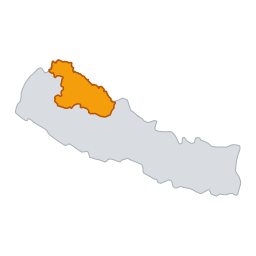 location of Karnali within Nepal
{"feature_id": "NPL-1126", "entity_name": "Karnali", "entity_type": "Administrative Zone", "adm_level": 1, "iso_a3": "NPL", "parent_name": "Nepal", "parent_adm1": "", "projection": "natural_earth1", "projection_center": [82.262, 29.569], "detail": "fine", "context": "in_parent", "style": "filled", "palette": "amber", "viewbox_px": 256, "rotation_deg": 0, "n_neighbors": 0, "source": "natural_earth", "source_scale": "10m", "svg_char_len": 6329}
<svg xmlns="http://www.w3.org/2000/svg" viewBox="0 0 256 256"><path d="M238.7,145.4L239.8,146.3L240.0,147.8L239.8,149.5L238.7,153.0L237.7,155.6L236.5,160.9L235.5,170.1L235.8,171.7L239.1,177.0L240.5,181.1L240.6,183.8L239.3,188.5L237.8,193.7L237.0,194.9L236.2,195.3L232.1,193.5L229.3,193.7L226.1,194.8L222.7,194.6L219.9,194.0L216.5,196.1L213.1,194.9L210.9,193.6L209.4,190.0L208.8,189.5L201.8,193.3L200.1,193.5L195.7,191.5L192.1,189.5L190.7,188.9L187.3,188.1L184.1,187.6L180.7,186.4L176.5,188.0L174.8,187.9L173.2,186.7L172.4,184.2L172.1,181.9L170.7,180.3L168.5,180.0L165.4,181.4L160.8,183.3L159.4,183.0L158.0,182.4L157.5,181.9L156.9,179.7L156.1,179.3L155.1,179.2L153.2,178.7L150.9,177.0L143.9,173.2L143.0,171.5L143.0,167.8L142.6,166.2L141.7,164.6L138.1,162.9L131.1,160.2L127.3,158.1L125.4,159.1L121.9,160.0L120.0,161.9L117.7,161.3L112.3,159.3L109.4,159.0L107.6,159.7L107.2,160.8L105.0,162.1L102.9,161.1L98.8,159.7L95.1,158.9L89.6,157.2L89.0,154.6L88.0,152.0L86.7,151.5L81.7,152.1L77.2,149.2L72.3,145.6L70.3,144.4L68.9,143.9L67.7,144.4L66.4,145.3L65.1,145.5L62.5,143.9L59.1,141.7L55.0,139.0L50.1,135.1L48.1,133.0L47.2,131.3L46.2,129.8L42.0,127.3L38.7,125.3L34.7,122.9L34.0,122.5L32.5,121.0L30.1,119.2L28.2,118.7L27.6,119.7L27.1,120.7L25.5,120.5L22.9,118.7L20.2,116.8L18.1,115.0L15.9,113.2L15.4,111.8L16.3,107.7L17.6,104.1L18.7,103.3L20.4,101.0L21.1,96.8L21.1,93.3L22.8,88.3L25.2,83.0L29.3,77.3L31.0,75.4L33.0,74.1L36.8,69.9L37.5,69.2L39.2,68.2L40.8,67.9L42.0,68.4L43.2,70.6L44.8,72.7L46.6,72.6L48.7,70.8L53.2,62.6L59.4,60.9L65.3,61.8L70.5,63.0L72.0,65.7L73.0,68.6L73.7,70.1L75.4,71.8L82.7,75.9L86.9,79.6L92.8,84.6L97.2,86.7L101.1,86.9L103.4,88.9L106.7,92.8L109.5,97.2L113.0,101.3L115.4,101.2L118.7,99.9L122.7,98.1L125.1,99.0L127.3,100.1L128.1,102.2L129.4,106.3L130.9,110.4L133.2,111.9L135.9,114.1L137.5,115.8L142.6,118.9L143.3,120.2L144.4,121.1L145.6,121.6L146.7,122.2L148.3,122.5L154.2,120.6L155.8,120.8L156.7,121.2L156.7,121.9L155.7,124.8L154.8,128.6L155.7,130.4L158.2,131.2L163.7,131.8L171.1,131.7L173.4,133.6L175.7,136.5L178.0,141.4L178.9,143.5L180.0,144.0L181.9,143.2L182.2,141.2L182.3,138.2L183.9,137.2L184.9,138.0L186.2,140.3L189.3,142.4L191.5,143.4L193.6,143.1L194.5,142.3L195.5,138.2L197.1,137.6L199.2,137.9L200.1,138.7L200.9,140.3L203.5,141.1L206.0,142.1L208.4,143.4L211.8,146.5L216.0,147.0L220.8,147.0L223.3,147.0L225.2,147.2L226.9,147.0L231.8,144.9L233.8,144.7L236.3,145.0L238.7,145.4Z" fill="#d9dde1" stroke="#a8b0b8" stroke-width="1"/><path d="M58.7,59.9L59.3,60.1L62.6,61.8L63.2,61.9L63.8,61.8L64.4,61.6L65.0,61.5L66.2,62.0L67.1,61.9L67.7,62.1L67.9,62.2L68.2,62.7L68.4,62.9L68.7,63.0L69.0,62.9L69.2,62.7L69.5,62.6L70.7,62.6L71.3,62.6L71.7,62.9L71.8,63.4L71.5,65.3L71.6,66.2L71.9,66.8L72.4,67.1L73.1,67.4L73.6,67.8L73.4,68.5L72.8,69.8L72.8,70.2L73.0,70.9L73.3,71.6L73.5,72.0L74.1,72.1L74.6,71.9L75.1,71.8L76.3,72.6L76.9,72.7L77.4,72.7L78.1,72.9L78.3,73.1L78.6,73.6L78.8,73.8L79.3,73.9L79.7,73.8L80.1,73.8L80.6,74.1L80.9,74.6L81.4,75.1L81.9,75.5L82.4,75.8L83.7,76.2L84.2,76.5L86.3,79.3L86.8,79.7L87.1,79.7L87.7,79.5L87.9,79.5L88.3,79.7L88.3,80.0L88.1,80.3L88.1,80.7L88.3,81.3L90.0,82.7L90.5,83.5L90.8,83.8L91.1,84.0L91.5,84.1L91.8,84.3L92.0,84.7L92.3,85.3L92.9,85.1L93.5,84.6L94.1,84.4L94.3,84.5L94.8,85.0L95.0,85.2L95.3,85.2L95.9,85.1L96.2,85.2L97.8,86.7L98.0,87.0L98.4,87.8L98.7,88.1L99.1,88.0L99.2,87.7L99.3,87.2L99.4,86.8L99.6,86.8L100.4,86.6L101.0,86.5L101.3,86.5L101.6,86.6L102.0,86.9L102.1,87.1L102.2,87.6L102.3,87.7L102.5,87.9L103.0,88.0L103.8,88.9L104.1,89.3L104.1,89.8L104.0,90.1L103.9,90.3L103.7,90.5L103.7,90.9L104.2,91.6L105.9,91.2L106.7,92.0L106.7,92.6L106.7,93.1L106.7,93.6L107.6,94.3L107.6,94.7L107.6,95.1L107.7,95.5L108.1,95.9L108.4,96.0L108.7,96.3L109.0,97.2L109.3,97.5L110.0,97.9L110.5,98.2L110.8,98.7L111.0,100.0L111.1,100.7L111.2,101.1L111.4,101.3L111.7,101.5L112.4,101.6L112.7,101.8L113.0,102.0L114.1,102.3L114.6,102.3L115.0,102.1L115.2,103.3L115.1,103.5L114.8,103.9L114.5,104.2L114.2,104.6L114.1,105.0L113.9,107.6L113.8,108.1L113.6,108.4L113.3,108.6L111.8,110.7L111.3,111.7L110.4,114.4L110.0,115.0L107.5,116.0L106.9,116.3L106.3,116.6L105.0,116.9L104.5,116.9L103.6,116.7L103.0,116.8L102.5,116.7L101.8,116.4L101.0,116.3L99.9,116.0L95.8,113.8L95.2,113.6L94.8,113.5L93.1,113.7L91.7,113.5L91.4,113.6L91.1,113.7L90.6,113.8L90.2,113.6L88.9,112.6L88.7,112.4L88.7,112.0L88.7,111.6L88.7,111.1L88.6,110.6L88.5,110.4L87.4,109.2L86.9,108.7L86.6,108.5L85.0,108.0L83.3,107.2L82.7,107.2L82.4,107.4L82.3,107.5L82.0,107.6L81.7,107.7L81.2,107.7L80.7,107.4L80.4,107.1L80.3,106.9L80.3,106.7L80.4,106.4L80.5,106.1L80.5,105.9L80.6,105.6L80.6,105.2L80.6,104.9L80.4,104.5L79.2,103.9L77.1,103.9L76.7,104.0L73.9,105.3L73.7,105.5L73.1,106.3L72.9,106.5L72.7,106.7L72.5,106.9L72.3,107.2L72.1,107.6L71.7,108.1L71.4,108.2L71.0,108.2L70.8,108.1L70.6,107.8L70.4,107.5L70.3,107.4L70.2,107.3L69.7,107.1L67.2,108.3L65.0,108.1L64.4,107.9L63.8,107.6L63.4,107.4L62.9,107.2L61.4,106.9L59.1,106.1L58.2,105.9L57.7,105.7L57.5,105.3L57.5,105.0L57.5,104.2L56.8,103.3L56.4,102.9L56.1,102.6L55.2,102.0L55.0,101.8L54.9,101.4L54.8,100.9L55.1,98.8L54.8,98.3L54.7,97.9L54.7,97.6L54.8,97.3L55.1,96.9L56.0,96.0L56.4,95.6L57.5,95.3L57.9,95.2L58.4,95.2L58.7,95.2L58.9,95.3L59.6,96.0L59.8,96.2L60.2,96.2L60.7,96.1L61.6,95.8L61.8,95.2L61.5,94.6L61.2,94.0L61.1,93.2L61.1,92.4L61.2,91.8L61.4,91.2L61.7,90.8L62.8,90.0L63.2,89.6L63.4,88.8L63.4,88.3L63.4,87.6L63.3,87.3L63.1,87.1L62.6,86.9L62.0,86.7L61.7,86.4L61.3,86.1L61.1,85.7L60.9,85.1L60.9,84.7L60.9,84.4L61.7,81.8L61.8,81.0L61.9,79.9L61.9,79.5L62.0,79.2L62.5,78.7L62.9,78.3L63.0,78.1L63.1,77.8L63.1,77.4L62.9,77.1L62.7,76.9L62.3,76.7L61.2,76.5L60.8,76.3L60.4,76.0L60.1,75.9L59.6,75.8L57.5,75.8L57.2,75.9L56.9,76.0L56.3,76.3L55.6,77.4L55.4,77.5L55.1,77.5L54.8,77.3L54.3,76.9L54.1,76.6L54.1,76.3L54.2,75.7L54.2,75.3L54.2,75.0L54.1,74.7L53.9,74.5L53.8,74.2L53.5,73.6L53.4,73.1L53.1,73.0L52.5,73.0L51.6,73.1L51.3,73.0L51.1,72.9L50.8,72.6L50.5,72.4L50.0,72.1L49.3,71.7L49.1,71.5L49.2,71.3L49.3,70.7L49.1,70.0L49.1,69.7L49.4,69.5L49.8,69.5L50.2,69.5L50.6,69.4L51.0,69.1L51.4,68.7L51.6,68.1L51.7,67.1L52.0,66.4L52.1,66.1L52.1,65.8L51.9,65.3L51.9,65.0L51.9,63.8L52.0,63.3L52.3,62.8L52.4,62.4L52.3,61.8L52.4,61.4L53.0,61.2L53.5,61.4L54.5,62.5L55.0,62.8L55.8,62.9L56.1,62.8L56.4,61.5L56.5,61.2L57.3,61.0L57.6,60.8L57.8,60.5L57.9,60.2L58.0,60.0L58.7,59.9Z" fill="#f59e0b" stroke="#b45309" stroke-width="1.5"/></svg>